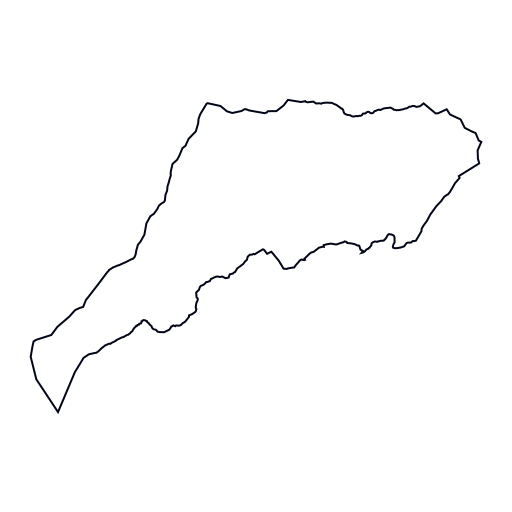 outline of San Jerónimo Tecóatl, Oaxaca, Mexico
{"feature_id": "50627088B30951925299861", "entity_name": "San Jerónimo Tecóatl", "entity_type": "district", "adm_level": 2, "iso_a3": "MEX", "parent_name": "Mexico", "parent_adm1": "Oaxaca", "projection": "orthographic", "projection_center": [-96.928, 18.146], "detail": "fine", "context": "isolated", "style": "outline", "palette": "ink", "viewbox_px": 512, "rotation_deg": 0, "n_neighbors": 0, "source": "geoboundaries", "source_scale": "gbopen_adm2", "svg_char_len": 5562}
<svg xmlns="http://www.w3.org/2000/svg" viewBox="0 0 512 512"><path d="M423.6,103.4L420.1,106.2L416.3,106.9L414.6,106.1L412.7,105.9L410.6,106.7L409.5,106.7L406.8,108.3L405.3,108.5L403.4,109.2L399.0,110.1L396.3,110.2L395.4,109.9L393.7,109.7L393.0,108.9L390.5,107.6L383.9,108.4L380.3,110.0L378.7,109.6L375.2,111.0L374.6,111.1L373.1,112.9L372.9,113.0L372.1,113.2L371.2,113.2L370.6,113.1L370.2,112.8L369.5,112.3L368.8,111.9L368.2,111.8L367.7,111.9L367.1,112.1L366.5,112.4L366.2,112.7L365.8,113.2L365.3,113.4L364.6,113.5L363.8,113.5L363.0,113.6L362.6,114.1L362.2,114.8L361.7,115.3L361.2,115.6L360.2,115.8L359.4,115.8L358.7,115.9L357.7,116.2L356.6,116.1L356.0,116.0L355.3,116.2L354.6,116.4L353.6,116.5L352.4,116.4L351.6,116.1L350.7,115.6L350.3,115.3L349.8,115.2L349.1,115.1L348.2,115.0L347.1,114.8L346.3,114.5L345.6,114.1L344.7,113.7L344.3,113.3L344.0,112.7L343.7,112.1L343.5,111.2L343.3,110.5L342.9,109.6L342.3,109.0L342.1,108.7L341.9,108.7L341.4,108.6L341.1,108.5L340.8,108.2L340.5,107.7L340.0,107.5L338.9,106.7L337.1,105.4L336.4,104.9L335.9,104.7L335.1,104.4L334.1,104.0L333.1,103.5L332.2,103.0L331.6,102.9L329.9,102.8L327.9,102.7L326.1,102.7L324.3,102.8L322.7,103.0L321.5,103.5L321.2,103.7L320.0,103.4L319.4,103.3L317.6,103.4L317.2,103.4L316.2,103.5L313.3,101.6L307.6,102.3L305.3,101.6L305.2,101.2L300.9,102.0L287.9,99.9L283.6,105.5L276.4,111.1L268.0,111.2L266.8,112.4L264.8,113.2L252.8,111.1L249.0,110.4L246.8,109.5L244.7,109.1L241.5,111.0L232.3,113.0L226.9,111.3L220.5,106.0L207.7,103.2L206.6,103.7L200.3,114.1L198.6,118.7L198.1,123.7L195.8,131.4L188.6,138.8L185.4,145.9L182.5,148.1L179.3,155.7L177.2,159.7L172.5,164.0L170.9,170.9L170.6,173.7L170.8,175.5L169.7,178.8L168.8,182.3L167.5,186.4L167.1,190.8L165.5,194.7L164.9,200.5L164.0,202.0L160.7,204.0L158.6,206.1L157.5,208.7L154.0,213.7L150.4,216.2L146.4,223.4L144.4,234.7L140.5,241.6L137.9,244.8L136.3,250.4L135.7,254.2L134.5,257.2L132.9,258.8L131.3,259.3L125.5,262.3L122.9,263.4L121.6,264.0L120.8,264.3L120.3,264.6L119.6,265.0L119.1,265.2L117.5,265.5L117.2,265.7L116.6,266.0L112.9,267.5L111.1,268.7L108.9,270.1L108.6,270.8L107.0,272.5L98.7,283.6L85.8,300.2L83.2,306.9L79.6,308.0L75.1,310.1L69.2,316.7L57.4,326.8L51.3,335.0L36.2,339.8L33.6,341.4L32.5,346.2L30.7,356.8L36.3,379.3L43.1,389.5L58.0,412.1L74.9,372.1L78.7,365.9L81.5,361.3L83.5,357.9L88.1,354.8L89.1,354.2L94.7,353.0L96.5,352.7L99.0,350.8L100.6,349.1L101.8,348.1L105.0,345.5L106.1,345.0L109.1,343.7L110.5,343.8L111.5,342.9L114.5,341.5L115.8,340.8L116.4,340.1L121.7,337.5L122.1,337.3L123.8,337.0L124.6,336.3L127.2,334.9L127.9,334.9L128.2,334.7L130.2,333.2L130.8,332.3L132.2,331.3L134.1,328.1L135.3,327.1L135.4,326.9L135.9,326.1L136.7,326.1L137.3,325.1L138.9,324.7L139.2,323.8L140.0,323.6L140.8,323.5L141.5,322.3L141.5,321.3L142.1,321.2L143.2,320.1L143.9,320.2L145.3,320.3L146.0,320.9L147.0,321.2L147.3,322.2L148.3,322.8L149.3,324.1L150.0,324.9L151.5,326.1L151.7,326.7L151.9,327.5L153.4,329.2L154.3,329.4L156.0,329.8L157.5,331.6L159.4,332.1L164.1,332.2L169.3,329.7L170.7,327.7L171.4,326.4L172.1,326.3L173.3,325.4L175.3,326.2L175.8,325.6L177.0,325.4L178.1,325.7L179.1,325.6L180.7,325.2L180.9,325.0L182.9,323.0L184.7,322.1L186.3,320.3L187.0,319.4L189.0,316.9L189.0,315.4L192.0,314.2L193.6,313.1L195.1,312.1L195.8,311.2L196.4,309.0L195.7,307.6L195.9,305.8L196.2,303.9L196.8,301.8L197.5,300.7L197.8,299.1L197.8,298.7L196.5,297.1L196.2,292.5L196.7,292.0L198.9,289.9L199.9,287.0L200.8,285.9L203.8,284.6L205.3,283.2L206.1,282.1L207.6,281.9L209.9,281.0L210.9,279.0L211.8,278.6L212.3,278.4L214.1,277.5L216.1,276.7L217.2,276.5L219.7,276.9L220.3,277.0L222.2,276.5L225.5,278.2L228.6,277.6L228.9,276.7L229.8,274.3L232.9,273.6L233.7,272.7L234.7,272.1L235.2,271.9L235.5,271.3L237.3,268.3L238.6,267.4L241.2,265.5L241.7,265.1L243.4,263.8L244.9,261.6L246.0,260.6L246.9,259.8L247.7,256.7L249.7,254.8L250.4,254.7L252.0,254.6L253.6,253.9L254.7,254.3L258.7,251.8L262.9,249.3L264.1,249.9L265.0,251.0L267.1,253.8L271.3,251.7L273.2,253.9L274.4,255.4L278.7,260.6L280.4,263.4L283.6,268.7L286.9,268.9L288.0,268.4L290.1,268.0L294.3,267.4L295.0,266.2L295.2,265.8L298.0,262.7L299.9,260.4L301.7,259.5L304.2,260.1L305.0,259.8L304.5,258.6L309.5,253.8L310.3,253.1L311.2,252.5L313.6,251.9L315.1,250.7L319.1,247.6L319.6,247.5L322.8,246.7L323.9,246.8L323.7,245.1L326.7,244.3L330.2,243.7L331.1,243.6L336.1,244.5L336.6,244.4L340.7,243.0L343.1,242.3L343.9,242.0L344.5,241.4L346.7,242.0L347.2,243.0L351.2,243.4L352.1,243.6L354.3,244.0L356.7,245.1L357.4,245.5L358.8,245.5L359.3,245.9L360.5,249.6L363.1,251.1L361.7,252.8L363.1,252.4L363.9,251.8L364.4,251.8L366.3,249.6L367.1,249.2L368.4,248.7L368.7,248.0L369.6,247.6L369.8,247.1L370.4,246.5L371.3,245.5L371.5,243.7L372.4,242.5L374.8,241.5L377.3,241.8L378.2,241.3L378.9,241.3L380.3,240.9L381.3,240.7L382.2,240.8L383.1,240.7L384.2,240.3L384.5,239.6L385.7,238.7L386.1,237.9L387.8,235.0L388.4,234.4L389.3,234.1L390.7,234.5L391.1,234.4L393.2,235.2L394.1,236.2L394.5,237.4L394.6,242.3L393.5,244.3L392.8,246.9L393.2,247.7L394.6,248.2L397.1,248.1L399.0,247.8L400.8,247.5L404.2,246.3L406.5,243.1L408.0,242.6L410.8,242.6L412.9,241.0L414.3,241.1L415.9,240.7L421.4,231.3L421.7,228.6L424.1,224.7L426.9,221.0L430.2,214.7L436.4,206.1L440.6,201.7L441.3,201.0L441.6,200.7L441.8,200.1L444.3,196.7L447.3,194.6L448.0,194.4L450.3,191.5L450.6,190.8L452.3,188.0L455.0,183.2L459.1,178.5L459.6,177.9L458.8,176.1L474.2,166.5L479.2,163.4L478.9,162.0L477.9,158.7L477.9,157.2L477.6,150.4L481.3,141.9L478.7,140.5L475.6,133.0L471.6,131.4L464.7,127.8L460.6,119.4L450.0,114.5L446.7,109.3L438.0,113.3L435.5,113.3L423.6,103.4Z" fill="none" stroke="#020617" stroke-width="2"/></svg>